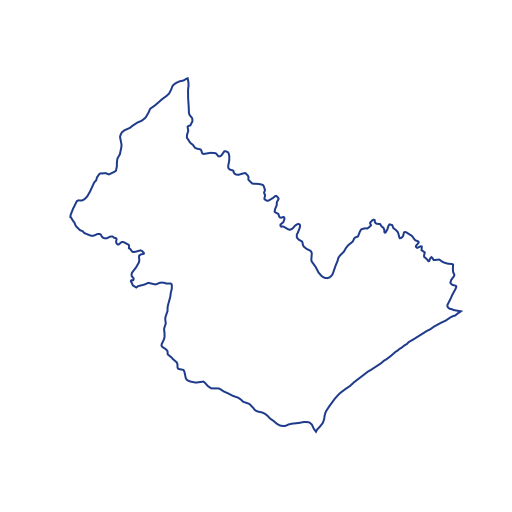 El Porvenir, Atlántida, Honduras (Albers equal-area conic projection), rotated 136°
{"feature_id": "27666195B30019857874789", "entity_name": "El Porvenir", "entity_type": "district", "adm_level": 2, "iso_a3": "HND", "parent_name": "Honduras", "parent_adm1": "Atlántida", "projection": "albers", "projection_center": [-86.935, 15.658], "detail": "fine", "context": "isolated", "style": "outline", "palette": "blue", "viewbox_px": 512, "rotation_deg": 136, "n_neighbors": 0, "source": "geoboundaries", "source_scale": "gbopen_adm2", "svg_char_len": 6107}
<svg xmlns="http://www.w3.org/2000/svg" viewBox="0 0 512 512"><g transform="rotate(136 256 256)"><path d="M334.9,87.9L332.8,88.7L329.3,88.8L325.1,89.3L323.4,89.7L320.0,91.5L317.7,93.4L314.8,95.1L312.9,95.8L308.1,96.9L298.4,98.6L292.8,99.0L290.0,98.9L283.5,98.1L278.8,97.2L273.4,97.1L255.8,95.1L252.2,94.2L240.7,92.0L236.6,91.8L233.9,91.1L229.1,90.5L221.9,90.1L220.5,89.7L216.8,89.4L215.6,89.0L210.9,88.5L208.9,87.9L206.0,88.0L199.9,86.5L185.1,83.4L181.4,82.2L177.2,81.6L169.7,79.6L164.6,77.8L158.9,76.8L156.3,76.0L154.0,74.8L149.9,74.5L149.1,74.2L147.1,73.9L151.5,80.0L152.1,81.8L153.2,83.2L153.6,84.7L153.5,86.4L152.7,87.5L152.1,87.9L145.7,90.1L141.8,91.7L135.1,93.8L133.5,94.6L133.0,95.1L133.0,95.8L134.8,98.9L135.0,100.6L134.8,101.7L132.2,103.2L127.5,104.0L126.7,104.4L126.2,105.0L125.4,107.4L124.8,108.2L123.3,110.0L120.2,112.9L120.2,113.4L120.8,114.3L123.4,117.3L125.3,120.7L125.9,122.3L126.7,126.2L131.0,129.6L130.5,132.3L130.6,133.3L132.0,133.3L135.0,132.1L135.6,132.5L135.3,134.9L135.6,138.6L134.9,139.5L132.1,141.4L132.9,145.2L130.5,147.3L130.2,147.8L131.0,148.7L134.3,149.8L134.6,150.3L134.6,151.2L134.4,151.8L133.8,152.2L129.7,152.6L129.3,153.0L129.2,153.9L130.3,156.2L130.5,157.3L129.9,162.1L131.5,168.8L132.3,169.9L132.8,170.1L133.5,170.0L135.9,168.4L137.3,168.0L139.3,168.2L140.2,168.9L140.0,169.7L138.0,173.3L137.4,174.7L137.3,177.3L137.8,180.8L136.8,182.9L136.6,183.7L138.0,186.0L139.5,185.8L143.0,183.9L146.1,183.0L146.8,183.0L147.1,183.3L147.0,184.1L145.6,185.6L144.7,187.9L145.1,189.7L144.6,192.9L146.7,195.2L147.1,196.3L147.0,197.7L145.7,199.4L146.2,200.5L147.6,200.9L150.6,200.7L151.2,200.3L151.9,198.2L154.6,198.1L156.8,198.5L158.2,200.0L159.2,200.7L161.1,201.8L162.0,202.0L164.3,201.4L169.1,199.2L170.9,200.1L172.7,200.5L176.5,199.2L182.1,199.7L185.6,199.3L189.7,198.1L195.5,198.0L198.1,197.4L201.2,195.6L205.2,193.9L212.1,190.4L214.0,189.6L215.3,189.4L217.9,189.5L219.9,190.4L221.6,192.2L222.5,194.6L222.7,196.5L222.5,200.7L220.7,206.7L219.7,213.5L218.9,214.8L214.2,219.0L213.6,219.9L213.3,220.8L213.2,221.9L214.6,225.8L215.1,229.1L214.8,231.0L213.2,233.4L212.8,234.3L213.9,238.2L213.8,240.9L211.6,243.2L209.9,243.6L205.2,245.8L203.4,247.0L202.7,248.2L203.2,249.6L204.4,250.2L206.7,250.7L209.9,250.4L211.4,250.5L213.5,251.4L214.4,253.1L215.7,257.8L216.2,258.6L217.5,259.6L217.5,260.5L217.1,261.2L216.5,261.6L212.8,261.4L210.1,262.7L209.2,263.5L208.9,264.2L209.2,265.1L211.3,266.0L212.0,267.1L212.0,268.0L210.7,270.8L211.8,273.9L211.8,275.0L209.7,276.5L205.7,278.2L204.5,279.5L203.4,280.3L200.2,281.3L199.7,282.0L199.5,284.2L199.7,285.1L200.5,285.7L203.7,286.0L208.7,287.2L209.6,288.0L210.1,289.2L210.4,290.7L210.2,291.4L207.2,293.4L206.3,295.9L203.7,297.2L201.9,300.9L201.7,302.1L202.4,303.7L204.3,306.3L208.1,310.3L208.4,311.1L208.5,315.9L208.0,316.8L206.7,317.8L206.3,318.6L206.0,319.5L206.0,322.8L206.3,323.3L208.2,324.5L212.1,326.5L213.5,328.1L214.1,329.3L214.2,330.5L213.9,331.8L213.2,332.7L213.1,333.3L214.7,336.2L214.9,337.1L214.8,338.2L214.3,339.2L213.3,340.2L208.9,343.3L205.8,346.4L204.3,349.0L204.2,350.4L205.0,352.3L206.0,353.3L211.0,352.4L212.2,352.6L213.1,353.0L213.8,354.0L213.5,357.2L213.8,358.2L217.0,361.8L222.3,365.4L223.1,366.2L223.3,366.9L223.1,367.8L222.0,370.1L221.8,370.8L222.1,371.6L224.0,374.4L224.7,376.2L224.2,379.9L224.6,382.3L224.5,384.3L223.8,387.3L223.7,388.6L223.4,389.3L221.4,391.1L217.8,393.1L215.5,396.4L214.2,396.5L213.0,395.7L212.4,395.6L208.3,397.0L206.9,398.4L206.2,399.5L205.8,403.6L204.8,405.6L201.1,409.7L194.9,417.0L189.6,422.6L186.3,425.3L184.2,427.6L181.7,431.3L182.5,431.7L186.2,432.6L189.6,434.7L192.3,435.7L194.3,436.2L196.5,436.4L198.2,436.2L201.7,434.5L205.9,433.2L209.2,433.3L215.3,434.1L218.8,434.2L224.8,434.6L229.6,435.4L230.8,435.1L233.4,433.9L238.7,432.4L240.1,432.3L244.4,432.7L248.3,434.3L254.0,435.4L257.8,435.8L263.3,437.8L266.6,438.1L269.1,437.3L271.1,436.1L275.4,429.5L277.3,427.8L283.3,423.7L287.3,422.6L288.8,421.8L291.6,419.4L293.6,417.3L297.4,414.7L299.3,414.9L305.0,416.8L305.4,417.2L306.3,419.5L307.1,420.5L309.2,422.1L310.2,423.3L311.7,423.8L315.8,423.0L318.5,421.4L320.6,421.4L321.8,421.1L330.8,417.6L336.0,416.1L339.7,416.0L341.5,416.4L342.9,417.0L345.1,419.4L346.8,419.9L354.7,417.1L360.7,414.4L362.5,413.0L362.3,412.4L363.2,408.4L363.4,406.2L364.5,403.5L364.8,402.4L364.7,397.1L363.5,394.1L363.6,392.2L363.4,391.4L361.2,386.4L360.1,384.5L358.5,383.3L354.7,381.9L353.2,380.5L352.8,379.2L353.4,376.9L353.4,375.9L353.0,374.6L352.2,373.4L351.0,372.4L347.3,371.2L345.6,369.6L345.3,367.5L344.4,366.2L344.4,365.4L344.6,364.9L346.7,363.5L347.3,362.6L347.6,361.5L347.4,360.2L346.9,359.7L343.1,359.4L342.3,358.9L341.5,357.7L339.8,352.5L340.3,351.4L342.0,349.9L341.6,348.4L342.0,345.7L341.9,344.7L341.4,344.0L339.6,342.7L335.1,340.2L334.5,338.7L334.5,336.4L334.7,335.8L335.2,335.6L337.6,337.0L339.6,337.5L340.8,336.6L342.8,334.1L344.5,332.8L349.9,331.2L356.9,330.1L358.3,329.2L359.2,328.2L359.5,327.1L359.5,325.3L360.1,324.3L361.2,323.9L361.8,324.2L362.4,325.1L363.0,325.1L363.5,324.8L365.0,320.2L364.0,316.5L361.7,316.2L356.2,313.0L352.1,311.5L348.2,305.5L347.2,304.9L343.9,303.6L342.3,302.4L340.2,299.9L339.8,298.6L336.6,295.6L336.3,294.5L337.0,293.3L339.1,291.1L343.2,288.5L345.7,286.4L353.4,281.8L355.4,280.4L357.7,278.0L364.0,274.7L365.6,273.1L367.7,270.2L372.4,267.7L374.2,265.8L374.8,264.7L378.0,261.3L379.9,260.1L385.1,258.1L386.2,257.2L386.5,256.4L386.5,255.2L385.7,252.2L385.6,249.7L386.0,248.7L387.6,246.9L387.8,246.4L387.2,240.9L387.4,239.9L386.9,234.7L387.5,233.0L389.8,230.4L390.3,229.3L390.0,228.3L387.5,224.7L387.4,223.9L387.9,222.5L391.5,216.7L391.8,214.8L391.3,213.2L390.2,210.9L387.2,206.7L381.1,202.2L380.8,200.4L381.0,196.0L380.3,192.3L379.9,191.6L375.4,187.2L374.5,186.1L373.3,181.0L371.4,176.3L369.9,171.7L367.2,166.3L366.6,163.2L366.5,160.1L363.9,155.0L363.5,153.6L363.5,148.6L363.8,146.3L363.6,144.9L362.6,142.6L360.3,139.2L359.1,136.1L358.7,132.7L358.8,129.4L358.0,125.4L357.5,120.6L356.6,117.7L355.6,116.1L353.5,113.8L352.0,113.0L349.8,112.3L346.6,110.4L341.1,106.1L336.5,103.1L333.7,100.0L333.2,98.8L332.9,96.0L334.5,91.3L334.9,87.9Z" fill="none" stroke="#1e3a8a" stroke-width="2"/></g></svg>